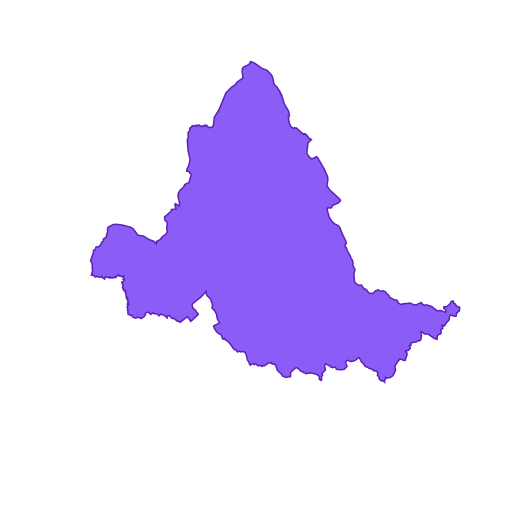 Mueang Uttaradit, Uttaradit, Thailand (Equal Earth projection), rotated 151°
{"feature_id": "78962969B38692905391521", "entity_name": "Mueang Uttaradit", "entity_type": "district", "adm_level": 2, "iso_a3": "THA", "parent_name": "Thailand", "parent_adm1": "Uttaradit", "projection": "equal_earth", "projection_center": [100.198, 17.685], "detail": "fine", "context": "isolated", "style": "filled", "palette": "violet", "viewbox_px": 512, "rotation_deg": 151, "n_neighbors": 0, "source": "geoboundaries", "source_scale": "gbopen_adm2", "svg_char_len": 6123}
<svg xmlns="http://www.w3.org/2000/svg" viewBox="0 0 512 512"><g transform="rotate(151 256 256)"><path d="M102.7,112.3L105.1,115.4L104.8,117.1L106.0,119.1L105.3,120.5L105.6,121.3L107.4,121.5L109.5,120.1L113.4,119.3L116.6,120.4L117.2,118.8L116.3,117.7L116.4,116.4L117.1,115.1L117.8,115.1L121.2,119.1L124.1,119.9L124.7,122.1L125.5,123.1L126.8,126.7L130.7,130.7L132.7,131.4L133.6,132.8L134.1,135.2L139.8,135.6L142.1,137.4L143.8,139.9L150.8,143.0L152.5,143.1L154.1,145.5L154.2,149.1L156.4,150.8L159.0,154.9L159.1,157.9L159.9,159.8L160.1,161.9L161.7,163.9L164.3,164.9L165.7,167.3L168.5,167.6L171.8,166.6L174.6,168.2L175.2,169.1L175.9,173.5L177.5,175.1L177.8,179.3L181.0,181.2L182.2,184.4L182.2,186.0L179.0,193.0L176.1,195.9L175.7,201.2L174.5,202.8L173.7,205.8L174.1,208.2L173.5,209.8L173.6,216.9L172.9,219.3L173.6,222.0L171.0,223.2L170.3,224.6L169.8,233.5L168.9,240.2L169.3,242.5L171.8,246.3L172.9,249.8L173.1,254.8L171.8,260.2L170.7,263.1L169.9,263.5L168.2,262.1L166.5,261.6L164.7,263.2L158.7,262.5L155.8,263.1L155.1,263.8L155.4,265.8L159.5,278.1L159.9,282.0L159.5,283.8L156.3,287.6L154.9,290.6L154.2,299.1L154.4,312.6L155.1,313.6L159.1,313.6L160.5,314.4L161.6,317.6L161.7,321.4L155.6,329.8L151.1,331.0L152.6,333.4L152.8,336.2L153.3,336.5L153.1,337.5L153.9,339.3L154.5,339.6L155.2,339.0L155.3,339.9L155.7,339.9L158.6,348.4L159.5,348.7L160.0,349.7L161.6,349.5L162.7,352.1L162.4,357.2L161.7,357.7L161.6,359.4L160.6,360.4L160.2,362.5L158.8,362.3L157.3,366.8L157.5,375.2L155.4,385.1L156.0,385.4L155.4,387.6L155.8,394.1L156.6,395.6L156.8,398.3L155.3,402.4L154.6,406.3L156.2,412.9L159.8,417.2L163.8,425.5L166.3,428.6L169.4,426.9L175.3,427.3L177.1,426.5L178.8,423.8L181.0,418.1L188.5,417.2L191.3,415.8L196.1,415.4L203.3,413.2L217.3,402.0L225.2,397.5L230.8,389.9L234.7,390.9L235.7,393.0L235.7,394.1L237.1,394.3L237.1,395.3L238.7,394.7L239.5,395.8L241.8,396.2L242.0,397.9L243.1,398.4L243.7,398.1L244.3,399.0L244.8,398.4L245.9,398.9L246.0,399.6L246.6,399.4L248.6,400.9L250.0,400.0L251.7,400.0L253.5,397.4L255.2,397.2L257.3,393.8L257.5,392.7L259.9,390.7L264.3,381.2L267.0,372.1L271.0,367.6L274.3,365.5L275.5,363.8L273.5,362.1L273.7,360.4L272.7,359.0L279.6,352.3L280.9,353.0L283.9,353.0L286.0,351.2L290.1,350.5L293.7,348.4L295.3,346.1L297.3,339.1L299.2,337.0L301.1,340.9L302.3,339.7L303.1,335.8L307.5,337.7L308.5,336.3L317.1,334.5L318.3,331.3L317.4,329.1L318.0,327.2L320.5,323.8L322.0,319.9L324.7,318.6L328.1,318.4L332.2,316.8L335.8,317.0L337.3,315.1L338.0,318.2L341.7,322.4L344.7,327.9L349.2,331.4L350.2,339.3L351.9,342.1L357.5,347.5L361.9,350.9L365.4,352.7L371.1,352.9L372.4,352.3L374.0,349.2L378.0,345.1L381.3,344.8L382.0,343.2L383.8,343.0L387.3,340.7L389.3,340.5L391.6,341.4L393.6,339.5L395.5,339.7L396.3,338.1L403.0,332.1L403.0,329.2L403.6,327.2L404.9,325.5L405.9,322.6L409.3,319.1L407.5,317.7L406.4,315.2L404.8,315.5L403.4,313.2L402.3,313.4L401.7,312.6L400.7,312.9L400.7,311.2L399.7,309.4L399.4,310.2L398.5,310.0L397.7,310.7L394.6,307.8L394.2,308.7L393.7,308.6L393.8,307.8L392.5,306.5L390.5,306.1L390.0,305.4L388.9,306.1L388.2,305.3L387.6,306.2L386.5,306.3L385.3,305.8L385.4,304.6L383.7,303.9L383.4,302.6L381.5,302.6L382.3,302.0L382.3,300.2L383.4,300.0L382.8,299.4L383.2,298.5L384.4,297.9L385.5,298.5L386.2,297.8L386.7,294.3L388.2,293.1L387.8,291.9L388.4,291.3L388.3,289.9L386.9,289.4L386.8,288.8L388.1,288.0L387.8,286.8L389.4,283.2L388.7,282.4L389.7,282.1L389.1,280.6L389.9,280.1L389.4,279.2L390.8,277.4L390.6,276.2L391.8,276.3L391.0,275.0L392.8,274.6L393.6,273.5L393.6,272.5L394.4,271.3L394.3,270.3L394.8,270.3L394.8,269.6L395.8,268.2L396.0,266.7L394.9,265.9L394.6,264.8L393.4,264.4L393.4,262.1L391.4,260.0L388.8,259.7L386.7,256.9L383.7,257.1L381.3,258.0L380.3,259.6L378.5,259.7L377.3,258.6L376.5,256.0L373.6,256.2L373.0,254.9L370.7,253.3L369.8,250.7L367.2,251.3L364.4,247.3L363.9,244.9L362.1,246.4L360.6,245.9L360.0,242.9L359.1,241.4L358.1,241.5L356.7,237.6L355.8,236.4L355.0,236.4L354.5,234.7L345.5,236.3L344.7,230.4L334.8,232.9L334.6,234.0L335.2,235.1L335.3,238.2L336.5,240.9L335.6,244.2L334.6,245.0L324.4,246.7L316.8,249.2L317.8,247.5L318.0,245.1L316.7,240.3L317.1,237.6L317.8,234.3L319.7,231.9L318.7,228.3L318.7,224.3L320.3,220.1L320.3,215.1L327.0,215.4L327.5,213.3L327.3,209.1L326.3,206.2L324.9,204.6L324.7,203.7L325.4,199.8L324.6,198.9L323.6,199.2L323.3,197.1L322.0,195.3L321.0,190.3L320.8,186.6L320.1,184.4L319.2,183.9L318.8,181.1L316.6,180.8L315.9,179.5L314.2,179.1L312.4,177.3L312.2,175.2L314.0,168.8L313.5,166.4L314.2,164.9L313.9,163.3L311.6,163.7L310.8,163.3L310.3,161.8L308.7,162.1L307.4,159.0L305.6,158.3L304.2,156.4L303.2,157.0L301.9,155.9L296.5,156.4L295.5,155.5L294.3,155.3L294.3,153.7L292.1,152.4L291.9,150.0L292.7,146.2L292.2,143.5L291.3,141.4L290.8,137.5L289.7,136.9L289.0,135.4L284.2,133.8L282.3,137.3L277.3,138.7L274.7,138.8L273.2,136.1L272.6,133.3L271.0,131.8L271.0,131.0L269.7,130.0L269.7,129.1L264.5,127.0L260.7,123.5L259.2,120.7L259.3,119.3L260.4,117.7L259.5,115.7L258.8,115.7L257.2,118.8L255.6,119.4L255.2,121.3L250.5,122.6L249.5,126.2L248.4,127.5L247.4,127.9L244.8,124.1L244.4,122.6L242.6,120.9L241.3,120.9L240.4,120.1L240.6,117.8L236.5,115.1L233.7,114.1L229.9,115.3L229.3,119.5L227.4,120.6L226.1,120.1L224.3,117.8L223.1,117.3L220.0,116.6L216.6,117.2L215.0,116.9L215.1,111.8L214.5,111.0L214.0,106.4L212.2,104.4L211.6,103.0L209.1,100.4L208.7,98.5L206.5,96.9L206.1,94.7L207.7,92.8L207.0,90.0L207.7,89.4L207.8,88.1L206.5,85.6L205.1,85.2L204.7,83.4L203.8,85.1L202.4,85.5L201.5,87.1L200.6,85.8L198.1,84.7L194.2,84.9L189.2,88.5L188.5,91.1L187.1,93.0L184.9,93.8L183.4,95.1L182.0,95.1L180.9,96.2L179.8,95.9L176.8,92.5L176.2,92.4L171.6,96.6L170.9,98.4L171.6,99.7L171.2,100.6L168.9,99.6L166.0,100.3L165.5,100.8L165.5,103.3L163.6,102.9L163.2,104.5L162.5,104.9L157.3,103.1L155.0,103.4L154.0,102.5L152.7,102.7L150.0,105.8L148.6,109.8L147.1,108.1L146.7,106.3L143.4,104.3L140.0,97.3L138.0,95.4L136.3,98.1L134.0,98.8L132.8,98.3L131.1,99.2L130.0,102.2L127.9,101.9L126.9,105.0L126.2,104.9L125.7,103.6L124.4,103.7L123.1,105.0L121.4,105.2L120.7,106.1L119.5,105.9L117.8,106.8L116.1,109.2L114.6,110.2L111.2,106.7L110.2,106.3L108.1,108.9L104.7,109.4L102.7,112.3Z" fill="#8b5cf6" stroke="#5b21b6" stroke-width="1.5"/></g></svg>